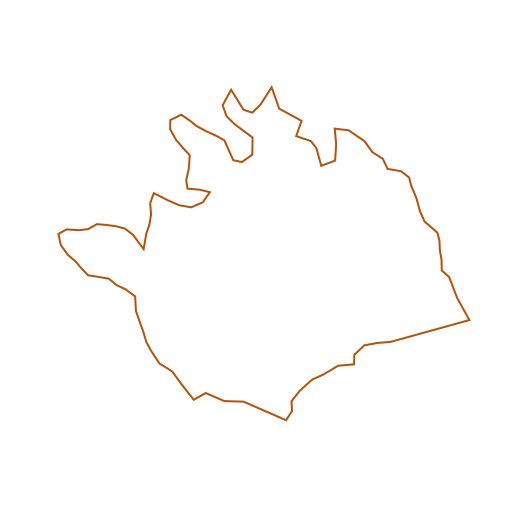 Bom Progresso, Rio Grande do Sul, Brazil, rotated 248°
{"feature_id": "56859067B54458267467801", "entity_name": "Bom Progresso", "entity_type": "district", "adm_level": 2, "iso_a3": "BRA", "parent_name": "Brazil", "parent_adm1": "Rio Grande do Sul", "projection": "natural_earth1", "projection_center": [-53.832, -27.54], "detail": "fine", "context": "isolated", "style": "outline", "palette": "amber", "viewbox_px": 512, "rotation_deg": 248, "n_neighbors": 0, "source": "geoboundaries", "source_scale": "gbopen_adm2", "svg_char_len": 1501}
<svg xmlns="http://www.w3.org/2000/svg" viewBox="0 0 512 512"><g transform="rotate(248 256 256)"><path d="M345.1,120.5L343.8,110.5L346.3,101.4L351.6,90.3L350.5,81.1L339.1,79.1L327.3,82.1L318.2,86.8L310.7,89.2L301.0,93.1L295.7,102.0L290.1,111.0L281.0,116.0L273.8,122.7L263.8,128.8L250.0,124.1L238.2,123.5L227.8,123.1L217.6,122.1L208.0,123.1L200.0,124.7L192.5,126.2L180.3,135.1L164.9,138.9L146.0,144.4L147.8,158.0L133.4,172.2L125.6,189.9L92.5,222.3L98.7,231.3L108.0,234.5L114.7,246.1L120.4,261.9L120.9,274.3L123.5,291.1L118.8,306.3L127.6,310.2L132.6,323.1L129.7,336.7L126.0,348.3L116.7,429.8L141.8,426.8L164.1,427.2L173.0,422.8L182.4,426.4L193.0,428.8L201.7,431.9L209.8,432.9L224.8,425.2L236.1,424.8L249.8,426.4L262.9,426.2L271.3,427.4L280.2,422.3L287.5,410.6L298.6,410.0L308.5,402.9L321.9,399.6L337.9,388.9L344.6,376.7L329.6,372.2L314.8,365.1L315.2,350.3L333.4,352.4L342.0,349.9L352.1,338.2L364.2,348.9L383.9,332.7L406.6,333.7L394.7,316.9L390.3,306.3L396.2,299.2L419.5,295.2L408.3,281.6L396.8,281.0L386.1,285.6L367.1,297.2L351.3,290.5L348.4,278.1L353.3,270.8L363.9,270.4L375.1,270.0L381.5,264.9L390.3,256.6L398.6,249.7L406.1,245.5L415.0,239.6L414.1,227.4L405.7,223.9L393.6,225.4L381.8,229.4L374.3,232.3L362.1,226.4L352.5,219.7L344.1,217.7L338.7,228.4L332.5,237.1L325.7,226.8L325.4,214.2L331.6,204.1L340.9,194.9L352.6,184.8L344.6,177.7L333.7,174.2L325.4,169.2L317.9,162.7L304.5,154.4L321.6,149.9L330.4,144.8L335.8,137.7L340.9,128.8L345.1,120.5Z" fill="none" stroke="#b45309" stroke-width="2"/></g></svg>